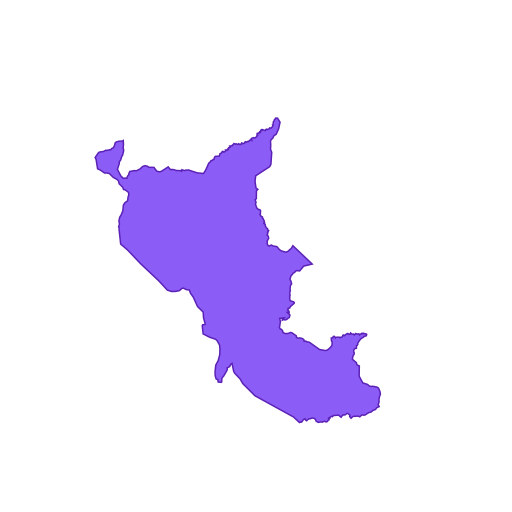 Kwahu West, Eastern, Ghana (orthographic projection), rotated 216°
{"feature_id": "2480657B50723205918173", "entity_name": "Kwahu West", "entity_type": "district", "adm_level": 2, "iso_a3": "GHA", "parent_name": "Ghana", "parent_adm1": "Eastern", "projection": "orthographic", "projection_center": [-0.787, 6.491], "detail": "fine", "context": "isolated", "style": "filled", "palette": "violet", "viewbox_px": 512, "rotation_deg": 216, "n_neighbors": 0, "source": "geoboundaries", "source_scale": "gbopen_adm2", "svg_char_len": 6132}
<svg xmlns="http://www.w3.org/2000/svg" viewBox="0 0 512 512"><g transform="rotate(216 256 256)"><path d="M67.8,206.6L69.8,207.5L70.7,210.4L71.9,211.7L73.4,214.7L74.1,217.3L76.0,219.2L79.2,221.1L80.9,221.1L85.1,219.2L86.3,218.0L88.2,217.4L90.2,217.7L95.0,216.1L101.9,219.4L107.8,227.8L110.1,227.3L111.1,227.8L112.0,228.7L117.3,229.1L118.8,232.1L118.9,234.2L119.6,235.4L120.4,235.7L121.7,237.5L121.7,239.1L120.5,240.3L122.0,242.6L121.6,243.3L121.8,244.5L122.5,245.3L122.6,248.9L122.4,251.2L121.6,252.8L121.0,255.0L120.0,255.9L120.1,257.3L120.7,257.8L123.2,256.8L123.4,256.4L123.8,256.5L124.5,255.5L124.9,255.7L125.2,254.5L125.9,254.0L125.9,253.2L126.4,253.6L127.8,252.9L128.1,252.3L129.8,251.9L130.1,249.9L131.3,250.2L132.3,249.2L134.2,249.3L133.8,248.4L134.0,247.8L134.4,247.5L135.1,247.6L135.8,246.9L136.3,247.2L137.1,245.8L137.6,243.6L138.6,243.7L139.2,242.8L138.7,242.0L138.9,240.6L139.7,240.1L140.1,239.2L140.6,239.4L142.7,238.0L143.7,236.9L143.7,236.4L145.3,237.1L146.2,236.3L145.8,235.0L146.9,233.9L145.1,231.7L143.8,231.2L142.0,228.3L142.1,225.5L142.9,222.1L144.1,220.4L149.6,217.7L162.0,217.6L165.0,216.3L165.6,216.5L166.9,215.3L168.0,216.4L170.0,216.5L172.6,215.4L173.5,214.3L175.5,213.9L176.1,214.9L176.6,215.1L181.8,215.0L183.3,214.3L184.3,212.4L186.6,210.5L189.1,209.9L190.5,211.1L192.2,211.6L193.7,211.3L194.9,211.8L197.7,217.3L200.2,219.4L197.1,222.3L197.6,220.5L197.0,219.5L195.9,221.3L195.1,221.2L194.2,222.1L193.5,223.9L193.6,224.6L192.9,225.7L193.8,228.2L197.4,228.7L195.9,229.7L196.9,230.8L198.2,230.5L198.3,231.4L199.1,231.7L199.1,232.8L198.1,233.7L198.5,235.1L197.3,240.2L197.7,240.9L198.8,241.0L202.0,239.9L203.7,241.3L204.8,243.1L205.3,243.4L205.2,244.0L207.4,246.5L207.8,248.1L209.1,249.3L210.8,252.5L210.8,254.4L213.1,256.3L214.8,257.0L216.1,260.8L215.7,262.5L215.9,263.9L215.2,265.2L214.8,267.9L211.9,269.6L211.5,275.8L205.8,282.5L232.2,286.0L231.9,282.6L232.6,280.6L232.5,279.3L234.0,276.7L238.9,274.9L241.0,275.0L244.3,275.8L245.0,275.7L247.7,274.3L250.2,273.8L251.1,271.8L252.5,271.6L254.1,272.4L254.7,273.5L255.7,274.5L256.2,277.9L257.9,279.3L259.4,279.5L259.6,280.8L260.7,282.2L260.3,282.8L260.7,283.3L260.7,284.0L261.9,284.1L262.8,284.9L264.2,284.9L265.9,285.7L267.1,286.9L268.0,287.1L268.5,287.8L268.9,287.2L269.5,288.6L270.3,289.5L271.6,289.9L272.3,290.5L273.0,290.5L273.8,291.4L275.1,291.1L277.3,292.0L277.1,292.5L279.0,295.4L280.1,295.7L281.7,295.1L283.3,295.2L285.5,296.6L287.1,297.9L287.4,299.3L289.8,301.1L289.4,302.5L294.0,309.1L293.7,311.0L295.9,311.0L299.2,314.3L300.7,315.9L303.4,320.7L297.4,336.4L297.8,338.9L304.2,349.1L306.9,350.8L309.7,355.0L311.7,357.3L312.1,358.8L311.7,361.5L312.2,363.8L311.2,366.3L312.5,372.3L315.2,378.4L319.6,380.2L321.1,379.2L320.8,378.0L321.3,377.5L320.7,375.4L320.8,374.5L319.3,372.4L319.6,371.8L319.1,371.6L318.8,370.6L318.8,368.8L319.0,368.3L320.2,367.8L320.2,366.4L321.4,364.7L321.9,364.9L322.4,364.1L322.2,362.9L325.3,362.0L325.7,361.6L325.2,361.1L326.0,360.5L325.4,359.6L325.2,358.6L326.1,358.6L325.7,357.0L326.3,357.0L327.1,355.8L326.8,355.1L325.7,354.7L326.0,353.6L325.6,353.1L326.3,350.8L327.6,350.3L328.8,348.4L328.3,348.1L328.5,347.6L327.6,347.0L328.7,346.9L329.3,345.4L329.0,344.4L330.1,343.8L330.5,342.6L331.5,342.5L332.0,341.4L331.5,340.9L332.1,339.7L334.0,339.0L333.4,338.1L334.1,337.7L334.4,336.7L336.0,336.7L336.4,335.4L338.1,335.1L338.3,334.4L340.0,334.0L339.9,333.1L340.3,331.9L339.9,331.4L341.9,329.5L340.9,328.8L341.8,327.6L341.1,326.9L341.2,325.2L341.8,325.5L341.7,324.9L343.0,323.8L342.3,323.4L342.6,322.0L343.1,321.7L343.0,321.3L343.7,320.8L344.3,321.1L344.7,320.8L344.6,318.6L345.3,317.7L344.4,315.2L347.5,312.7L347.6,311.4L346.8,309.8L347.5,308.8L347.3,308.0L348.5,306.7L348.3,305.4L348.8,303.4L347.2,295.8L347.0,291.9L352.4,288.7L361.5,285.8L361.7,285.3L363.2,284.4L363.9,283.1L366.0,282.5L366.0,281.2L366.5,281.4L366.2,280.8L367.1,280.8L370.4,278.5L373.8,277.3L376.2,275.6L379.4,276.5L382.2,269.2L383.3,267.5L386.1,266.3L390.7,267.7L394.8,264.8L396.7,264.8L398.9,263.8L400.4,261.7L400.9,258.5L402.8,254.7L404.6,253.6L407.8,250.2L407.3,247.9L406.7,247.0L406.9,244.8L406.1,243.1L406.4,242.7L407.7,242.2L409.0,240.8L412.6,241.4L419.1,244.7L420.9,250.4L421.9,251.7L421.9,254.1L423.2,257.9L423.1,259.0L424.7,262.9L425.3,263.9L427.0,265.3L428.8,268.4L431.3,271.4L431.7,270.4L434.3,268.4L436.2,265.9L436.4,264.7L435.3,261.9L435.1,259.6L435.9,258.1L435.9,256.7L437.0,255.9L437.4,255.0L438.0,254.7L438.8,253.6L439.8,253.2L440.6,251.2L443.9,247.9L444.2,246.3L444.0,241.1L442.0,240.0L435.4,233.4L432.7,234.0L427.4,234.1L425.5,235.5L423.1,236.5L417.7,235.7L412.9,236.3L411.1,235.7L409.2,234.0L404.3,233.3L402.2,231.9L401.2,232.5L400.0,232.6L397.3,232.6L396.0,232.1L394.7,230.4L394.3,228.8L392.6,225.7L392.4,224.9L393.4,222.1L393.2,219.2L390.3,214.3L389.2,209.7L389.1,207.4L387.6,203.9L385.2,201.5L384.3,198.8L383.0,198.1L382.4,197.0L372.5,186.1L363.6,185.4L344.6,181.9L320.3,178.8L307.7,176.3L303.5,177.6L300.1,180.2L297.6,183.0L296.9,186.2L295.7,187.4L292.7,187.8L289.9,189.3L287.2,187.4L282.5,185.8L273.5,180.7L265.8,179.6L262.0,175.0L257.5,171.5L257.0,170.6L258.7,169.1L258.6,168.1L253.0,161.9L245.8,163.0L239.7,164.9L237.6,164.6L233.1,162.5L230.4,159.4L227.3,154.8L225.1,149.1L224.4,144.0L221.1,138.3L218.7,135.2L216.0,133.1L214.2,133.5L212.5,131.8L209.8,133.4L209.7,133.9L211.8,137.1L211.6,140.0L212.2,146.1L212.5,147.2L213.6,148.6L212.3,151.0L212.8,153.3L212.3,155.0L206.3,149.6L204.2,148.6L196.6,147.2L191.7,145.0L174.6,142.3L131.1,147.8L123.0,146.8L122.7,147.8L121.9,147.9L121.4,148.7L121.5,151.2L120.7,153.1L119.5,152.4L118.3,152.4L117.5,155.5L116.6,156.0L115.3,158.0L113.3,158.9L111.6,158.6L110.3,157.7L107.8,158.0L105.8,160.1L104.8,160.4L103.7,162.4L102.0,162.8L101.0,163.9L101.0,166.0L100.7,166.4L101.2,166.7L101.0,167.1L101.3,167.6L101.9,167.6L101.5,168.7L101.1,168.7L101.4,169.1L100.3,171.1L99.8,170.9L99.5,172.5L95.6,175.8L92.4,175.5L92.3,178.6L91.5,178.9L90.3,180.2L90.1,181.8L89.3,182.5L86.5,182.5L85.8,181.1L83.7,180.6L83.4,182.7L82.9,183.5L79.4,186.4L77.5,186.9L76.9,189.8L75.6,190.3L74.4,191.3L72.7,195.6L71.2,197.3L70.6,199.8L69.1,202.1L69.2,204.1L67.8,206.6Z" fill="#8b5cf6" stroke="#5b21b6" stroke-width="1.5"/></g></svg>